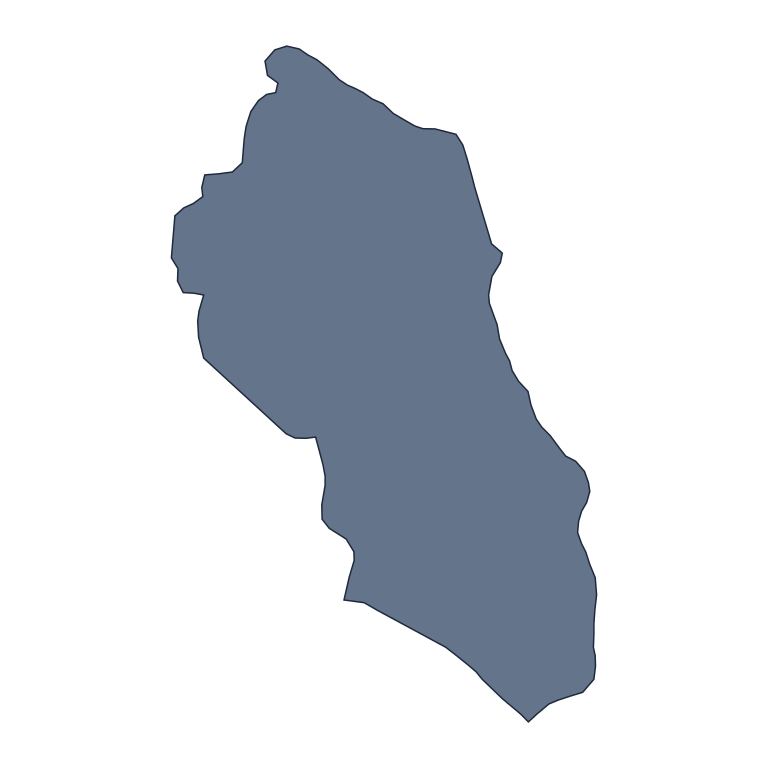 Mineiros do Tietê, São Paulo, Brazil
{"feature_id": "56859067B97164365361908", "entity_name": "Mineiros do Tietê", "entity_type": "district", "adm_level": 2, "iso_a3": "BRA", "parent_name": "Brazil", "parent_adm1": "São Paulo", "projection": "albers", "projection_center": [-48.43, -22.466], "detail": "fine", "context": "isolated", "style": "filled", "palette": "slate", "viewbox_px": 768, "rotation_deg": 0, "n_neighbors": 0, "source": "geoboundaries", "source_scale": "gbopen_adm2", "svg_char_len": 1592}
<svg xmlns="http://www.w3.org/2000/svg" viewBox="0 0 768 768"><path d="M344.0,600.0L364.2,602.7L377.7,610.5L445.6,647.2L454.1,653.7L467.4,664.4L476.1,671.8L482.1,679.2L502.5,698.8L520.7,714.1L528.4,721.9L537.4,713.6L548.9,704.0L557.9,700.2L570.3,696.1L582.7,692.3L593.9,679.3L595.5,666.2L595.2,655.8L593.4,647.3L593.9,634.2L593.9,623.6L594.9,609.6L596.6,594.8L595.2,577.6L589.7,564.2L585.7,551.8L581.6,543.8L577.6,532.6L578.6,521.4L581.6,511.2L586.6,502.6L589.8,491.4L588.4,482.5L584.4,471.3L575.6,461.2L565.7,456.1L559.2,447.8L550.2,435.6L541.7,427.1L536.2,419.0L531.0,405.1L528.0,391.5L518.5,381.2L512.1,370.5L509.6,360.9L505.6,353.5L499.6,339.1L497.1,324.6L489.4,303.4L488.6,294.9L491.9,276.5L500.4,262.6L502.3,253.1L491.6,243.9L474.7,187.3L472.4,178.1L467.2,159.1L462.8,145.0L456.0,134.3L434.9,128.9L422.9,128.7L414.8,126.0L407.5,121.8L393.3,113.5L383.1,103.8L372.4,99.1L363.3,92.7L356.0,88.9L347.4,85.1L339.2,79.7L328.4,68.9L317.3,60.0L307.8,54.9L299.3,49.0L286.7,46.1L274.8,49.9L265.0,61.1L267.5,75.4L277.9,83.0L275.7,92.6L266.7,94.4L258.5,100.5L250.8,111.6L246.1,126.4L244.3,138.1L243.4,148.5L242.3,162.7L232.4,172.0L218.7,173.8L204.8,174.9L201.8,187.4L202.8,196.6L193.3,203.5L183.9,207.8L174.9,215.8L171.4,257.9L178.0,268.6L177.5,281.0L183.2,292.6L193.9,293.2L203.7,295.0L199.0,311.2L197.7,321.0L198.6,337.3L201.6,349.4L203.7,358.1L286.2,433.8L295.0,438.0L305.9,438.3L315.6,437.1L322.9,464.4L325.1,476.0L325.1,485.4L321.8,504.7L322.1,519.2L329.3,528.4L338.8,534.4L346.2,539.1L353.9,551.7L354.2,560.4L349.2,577.2L344.0,600.0Z" fill="#64748b" stroke="#1e293b" stroke-width="1.5"/></svg>